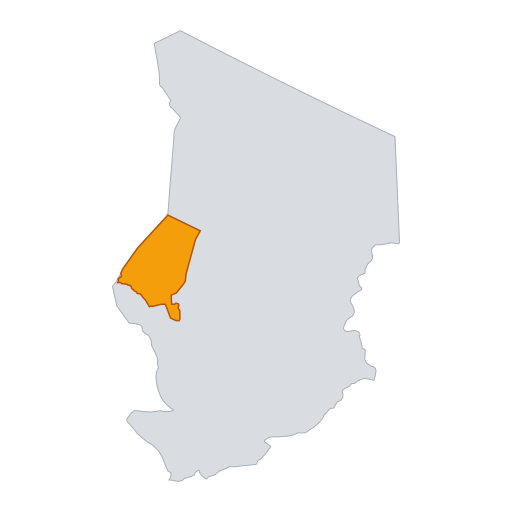 Kanem highlighted on a map of Chad
{"feature_id": "TCD-1465", "entity_name": "Kanem", "entity_type": "Prefecture", "adm_level": 1, "iso_a3": "TCD", "parent_name": "Chad", "parent_adm1": "", "projection": "albers", "projection_center": [14.708, 15.037], "detail": "fine", "context": "in_parent", "style": "filled", "palette": "amber", "viewbox_px": 512, "rotation_deg": 0, "n_neighbors": 0, "source": "natural_earth", "source_scale": "10m", "svg_char_len": 5621}
<svg xmlns="http://www.w3.org/2000/svg" viewBox="0 0 512 512"><path d="M395.0,136.6L395.5,149.2L396.1,161.8L396.6,174.4L397.2,187.0L397.7,199.6L398.2,212.2L398.8,224.8L399.3,237.4L399.5,241.6L399.2,243.3L399.1,243.5L398.6,243.8L392.1,242.9L389.2,243.0L385.3,244.1L379.5,244.8L375.7,244.7L373.2,247.0L371.2,249.7L372.4,256.0L372.3,258.0L371.6,260.2L369.8,262.1L368.1,263.7L367.1,265.0L365.9,267.9L365.0,269.3L365.1,271.0L364.9,272.9L363.8,273.9L361.1,274.7L359.4,275.6L358.0,277.0L357.1,278.1L357.7,279.3L358.4,281.1L358.9,283.9L359.2,285.5L360.6,286.8L361.5,287.7L361.8,288.9L361.1,289.9L357.8,292.0L356.5,292.8L355.0,293.9L354.4,294.3L352.0,296.4L350.9,298.1L350.3,299.5L350.4,301.5L351.8,304.4L353.2,306.9L353.8,308.7L354.2,310.8L354.1,312.7L353.5,314.5L352.3,316.0L347.8,319.1L345.6,322.3L343.9,326.2L343.5,328.3L344.0,329.7L345.0,330.9L346.4,331.4L348.5,331.5L351.8,330.8L354.8,330.3L358.2,331.5L360.0,334.7L359.4,337.1L360.8,341.3L362.1,346.4L362.1,348.2L362.6,348.8L364.7,349.1L365.2,350.2L364.8,359.3L365.9,361.8L367.3,363.6L368.9,364.5L370.5,365.6L371.4,366.4L373.2,366.6L375.3,368.1L375.9,370.3L375.9,372.4L374.9,377.1L374.0,380.2L372.8,380.0L370.4,379.3L367.4,378.8L363.7,378.4L360.3,379.8L356.7,381.5L355.5,382.8L354.5,383.5L352.9,383.5L351.4,383.7L350.6,384.9L349.3,386.2L344.0,389.0L342.9,390.0L342.2,391.0L342.2,392.1L342.9,394.2L342.9,396.9L341.8,399.1L340.5,400.6L338.9,401.2L337.6,401.5L336.7,402.5L334.0,407.5L332.9,408.4L330.4,408.3L323.5,415.9L322.8,418.1L320.3,421.2L317.1,424.7L314.2,426.5L314.0,427.1L313.2,427.8L311.4,428.6L305.2,432.9L297.6,432.9L294.3,434.6L291.1,435.4L286.4,436.3L284.9,436.3L278.8,436.8L271.7,436.8L268.9,437.4L266.4,439.1L264.5,440.5L264.3,441.0L264.6,441.5L264.5,442.0L269.6,445.3L270.8,446.9L269.6,448.6L269.0,448.8L268.9,448.9L268.2,450.2L265.3,454.1L260.9,458.7L258.6,460.1L257.7,460.9L256.6,464.0L255.8,464.4L252.8,464.8L246.7,465.3L238.2,466.4L233.2,466.8L230.0,466.5L225.6,468.7L224.1,469.2L223.1,469.4L218.7,471.5L215.1,474.6L213.8,475.2L208.7,476.6L206.7,478.8L205.8,479.0L202.4,476.2L200.2,473.6L199.1,471.0L198.9,470.2L198.3,470.4L196.5,471.5L195.0,472.8L194.2,475.3L189.0,477.1L184.4,478.5L182.4,480.4L179.2,481.3L175.1,480.9L172.0,480.2L168.9,480.0L170.3,477.7L170.9,476.0L171.0,473.9L170.8,472.5L169.0,471.8L167.8,470.8L165.1,464.2L162.4,457.5L158.5,450.9L154.3,446.7L151.3,444.2L150.4,443.8L148.8,443.0L147.7,442.3L142.2,437.8L136.5,432.8L135.0,430.5L132.2,427.0L129.0,423.5L127.3,421.9L126.6,419.0L128.8,416.4L131.1,413.1L134.0,410.9L137.8,410.7L143.9,411.6L150.6,412.0L157.2,411.3L158.9,410.8L160.6,410.8L164.1,411.6L170.3,411.4L173.5,410.0L170.1,407.8L166.4,404.2L162.9,400.2L160.8,396.6L158.9,392.0L157.1,386.3L156.0,378.9L156.1,374.7L156.7,371.7L158.5,366.8L157.3,363.9L157.6,361.6L157.4,358.2L156.8,356.5L154.4,350.8L153.9,350.2L151.8,346.2L150.9,339.7L148.5,335.3L144.7,333.2L142.5,330.7L141.7,326.1L140.2,325.0L134.3,323.4L129.3,323.3L125.7,318.2L121.0,311.7L116.7,305.6L114.0,293.4L112.5,286.4L114.3,284.3L117.9,279.4L122.4,269.9L132.6,255.2L137.8,247.7L148.1,236.5L160.7,222.7L167.8,214.9L168.9,200.8L170.0,185.8L170.9,174.5L172.0,161.1L172.9,150.0L173.5,141.8L174.4,130.3L175.3,128.1L180.1,119.0L180.5,117.8L179.6,116.3L172.6,108.6L170.4,106.9L169.1,102.9L170.9,100.7L162.6,87.9L160.5,86.3L159.6,84.7L159.5,82.4L159.3,73.5L157.1,59.6L154.2,43.4L163.8,38.8L171.2,35.2L180.5,30.7L189.2,35.2L201.9,41.8L214.6,48.3L227.3,54.7L240.0,61.2L252.8,67.6L265.6,74.0L278.4,80.4L291.2,86.7L304.1,93.1L317.0,99.4L329.9,105.6L342.9,111.9L355.9,118.1L368.9,124.3L381.9,130.5L395.0,136.6Z" fill="#d9dde1" stroke="#a8b0b8" stroke-width="1"/><path d="M116.9,282.5L117.3,282.5L118.3,281.7L118.5,281.2L118.5,280.6L118.3,279.6L118.3,279.4L118.0,279.1L117.9,279.0L118.0,278.8L118.6,278.5L119.4,277.5L119.7,277.3L120.3,277.1L120.8,277.1L121.2,276.9L121.5,276.2L121.4,275.6L121.0,274.4L120.9,273.9L121.0,273.2L121.1,272.7L121.5,271.8L122.4,269.9L123.1,268.4L123.9,267.3L124.8,266.1L125.6,265.0L126.4,263.8L127.2,262.7L128.0,261.5L128.9,260.4L129.7,259.2L130.5,258.1L131.3,256.9L132.1,255.8L132.9,254.6L133.8,253.5L134.6,252.3L135.4,251.2L136.2,250.0L137.0,248.9L137.8,247.8L139.3,246.2L140.9,244.4L141.9,243.3L143.5,241.6L145.0,240.0L146.5,238.3L148.0,236.7L149.6,235.0L151.1,233.4L152.6,231.7L154.1,230.1L155.7,228.4L157.2,226.8L158.7,225.1L160.2,223.5L161.7,221.8L163.2,220.2L164.8,218.5L166.3,216.9L167.2,215.8L167.5,215.3L167.6,215.0L168.1,215.2L200.3,230.8L195.5,239.4L189.5,261.4L186.0,274.2L185.4,280.8L183.8,283.7L176.3,293.0L171.2,295.1L171.6,304.2L174.7,304.2L174.9,304.1L175.0,304.0L175.6,303.3L175.7,303.2L175.9,303.2L176.1,303.2L176.4,303.3L176.9,303.5L177.6,303.6L178.2,303.8L178.3,303.9L178.5,304.1L178.6,304.4L178.7,304.8L178.8,305.5L178.7,306.0L178.2,306.9L178.2,307.1L178.2,307.3L178.5,308.3L178.5,308.7L178.7,309.1L179.0,309.5L179.6,310.1L179.7,310.3L179.8,310.7L179.9,318.4L179.8,319.1L179.4,320.2L179.1,320.6L178.4,320.7L176.5,320.6L175.6,320.4L170.5,318.0L165.4,304.3L160.9,304.3L152.7,306.4L151.2,306.1L150.6,306.2L150.0,306.7L149.7,306.8L149.4,306.6L145.3,299.9L144.5,299.0L143.4,298.0L143.1,297.6L140.7,294.3L140.5,294.1L140.3,294.0L140.0,293.9L139.7,293.8L137.9,293.6L137.7,293.6L137.4,293.5L137.1,293.2L136.4,292.0L136.0,291.6L134.8,291.2L134.4,290.9L132.8,289.2L131.9,288.7L131.7,288.5L131.6,288.4L131.5,288.0L131.3,286.8L131.2,286.6L131.1,286.3L131.0,286.2L130.8,286.2L130.6,286.2L130.0,285.5L129.8,285.3L129.6,285.3L129.3,285.2L128.3,285.2L128.1,285.1L127.8,285.0L127.5,284.5L126.3,284.1L121.7,283.7L121.3,283.4L121.1,283.0L120.7,282.7L120.4,282.6L120.0,282.6L117.1,282.6L116.9,282.5Z" fill="#f59e0b" stroke="#b45309" stroke-width="1.5"/></svg>